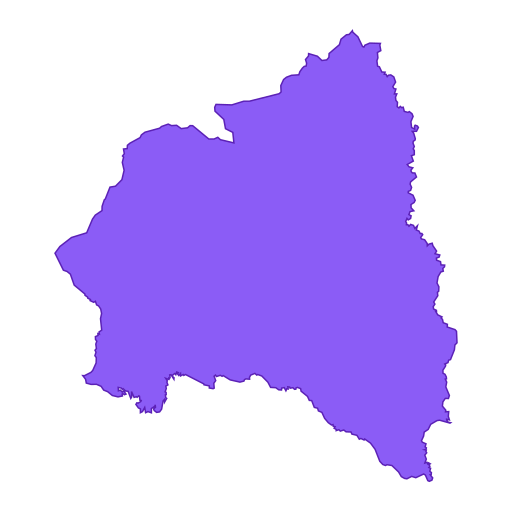 Purwakarta, Jawa Barat, Indonesia (Natural Earth projection)
{"feature_id": "22746128B43709097539954", "entity_name": "Purwakarta", "entity_type": "district", "adm_level": 2, "iso_a3": "IDN", "parent_name": "Indonesia", "parent_adm1": "Jawa Barat", "projection": "natural_earth1", "projection_center": [107.447, -6.592], "detail": "fine", "context": "isolated", "style": "filled", "palette": "violet", "viewbox_px": 512, "rotation_deg": 0, "n_neighbors": 0, "source": "geoboundaries", "source_scale": "gbopen_adm2", "svg_char_len": 6036}
<svg xmlns="http://www.w3.org/2000/svg" viewBox="0 0 512 512"><path d="M450.0,423.1L450.6,422.7L448.1,422.2L446.6,419.9L446.6,419.2L449.4,419.9L448.3,416.4L448.7,411.6L445.5,411.8L445.8,410.2L442.4,406.1L442.9,401.9L445.3,398.4L448.4,398.5L449.4,395.5L445.8,386.9L446.7,382.1L445.3,379.1L446.5,378.8L446.3,376.9L445.0,374.3L443.0,373.2L442.9,370.2L445.4,366.3L445.7,365.0L444.8,364.0L448.0,362.6L448.6,360.2L450.5,359.6L454.4,349.8L454.9,345.0L457.0,342.8L456.5,331.3L455.0,329.6L447.2,327.0L447.4,324.3L443.2,322.7L442.5,319.4L441.1,317.9L442.0,316.9L437.7,314.8L435.7,311.4L436.5,311.4L436.4,310.3L433.6,309.0L433.2,306.7L434.9,304.1L433.7,302.0L437.8,295.7L437.4,292.3L438.7,291.2L438.9,286.8L437.0,283.0L438.1,276.6L440.8,272.0L443.3,271.2L442.8,268.5L444.5,266.8L444.7,265.1L441.0,264.9L440.5,261.6L436.6,260.2L436.4,258.1L439.1,257.1L439.8,255.0L435.0,253.7L436.6,251.1L432.9,245.7L432.2,243.2L429.0,244.1L427.3,245.8L427.2,243.5L424.6,239.7L421.4,238.9L420.7,237.5L422.7,234.7L421.9,233.5L420.2,233.5L419.0,231.1L416.3,230.0L417.4,225.8L414.8,228.4L413.5,225.4L410.6,224.4L409.0,226.2L407.9,224.7L406.4,224.7L406.6,223.0L405.7,221.5L407.0,218.4L408.2,219.9L410.6,218.5L411.1,215.8L408.9,214.6L410.0,211.6L413.8,210.8L411.1,207.8L411.0,204.5L414.1,202.5L415.2,200.3L413.0,195.2L408.2,192.8L408.3,191.4L410.6,190.4L411.6,187.4L410.1,184.1L410.6,181.9L416.5,177.0L414.9,173.0L412.3,172.9L411.2,171.6L411.0,170.1L412.8,167.8L409.0,166.8L407.2,164.5L413.3,161.1L411.4,155.7L414.3,154.7L414.3,150.5L413.2,148.9L414.3,146.5L413.0,143.1L413.3,141.3L415.1,140.0L415.3,138.7L413.7,133.2L412.3,131.4L416.5,131.3L418.4,127.5L417.4,126.0L415.2,125.2L414.5,126.1L414.7,129.1L411.6,127.5L410.9,121.7L413.1,116.4L412.0,113.7L409.3,111.6L408.0,112.4L404.3,111.4L403.2,107.2L401.6,107.6L400.3,106.4L398.9,107.9L397.2,106.7L397.5,102.3L395.9,100.4L395.5,97.2L396.8,93.9L394.4,93.9L395.9,89.0L394.0,88.6L392.8,86.7L395.6,82.1L393.8,76.9L390.8,74.9L388.5,75.2L387.2,76.6L386.1,74.4L384.3,74.2L385.1,72.2L381.8,72.0L379.4,66.8L377.6,66.2L376.9,60.8L377.9,57.9L377.4,52.5L380.8,50.6L379.8,45.0L380.4,43.4L369.7,43.1L364.9,45.2L363.9,47.1L362.5,46.5L357.9,36.8L352.7,32.1L352.4,30.7L349.2,34.4L346.4,34.8L341.0,39.2L339.4,44.7L329.1,53.5L328.9,57.4L326.7,59.9L321.9,60.5L317.4,56.2L308.6,53.6L308.5,56.0L305.5,59.5L306.6,63.1L306.2,66.0L304.2,66.4L302.4,68.1L299.9,71.6L298.8,74.8L291.5,75.3L286.5,77.2L283.6,79.5L280.8,85.6L281.1,91.9L279.2,93.7L249.4,101.2L243.8,101.2L231.8,104.9L216.0,104.4L214.7,107.3L215.0,111.2L223.8,119.4L225.5,128.7L232.8,132.4L233.9,142.9L220.4,139.7L217.8,137.3L214.1,139.0L208.8,139.0L192.7,125.7L190.1,125.6L187.6,127.8L181.2,128.6L176.6,125.3L171.5,125.6L168.2,124.1L161.5,126.5L159.6,128.2L145.0,132.2L141.4,134.9L140.1,137.6L129.9,143.2L127.4,145.3L127.2,148.6L123.5,149.0L124.3,153.7L122.5,156.0L123.6,157.1L122.3,162.4L124.1,170.3L121.9,179.7L115.5,186.2L110.0,187.1L105.3,199.0L104.3,199.8L102.1,206.3L102.0,210.6L95.3,215.1L92.5,219.1L86.7,232.8L71.5,237.5L59.9,246.5L55.0,253.2L63.4,270.2L67.1,271.5L70.4,274.2L74.2,285.1L84.9,294.0L85.0,295.3L87.6,297.1L87.8,298.2L90.4,299.5L90.1,300.6L93.7,302.3L95.4,301.3L96.6,304.9L98.6,305.9L100.7,309.0L101.6,313.5L100.5,318.7L101.7,330.1L99.0,332.0L99.4,334.1L97.9,333.6L98.0,335.5L95.4,336.6L95.5,339.5L96.8,341.2L95.8,344.1L96.4,348.6L95.0,350.2L96.0,352.2L94.9,355.7L96.3,357.6L96.1,363.0L92.7,370.5L90.9,372.4L84.4,375.7L82.8,375.6L85.6,379.3L86.3,383.1L91.1,384.4L96.5,384.3L101.1,386.3L103.7,390.1L107.7,391.7L112.3,395.5L118.0,396.9L122.4,396.0L122.1,394.1L122.8,393.6L124.4,394.7L126.0,394.1L123.6,390.8L122.2,392.0L120.3,390.1L118.4,390.8L118.2,387.4L121.3,388.1L122.3,389.4L123.1,388.7L125.6,391.0L128.1,391.3L130.8,398.4L131.7,396.9L131.5,391.5L134.1,397.4L136.4,396.7L137.1,397.3L138.8,395.8L139.5,396.3L139.9,400.2L141.2,400.5L140.8,401.5L138.2,403.1L136.9,402.8L135.9,404.4L138.4,407.9L140.4,408.9L140.4,412.7L142.5,411.6L144.7,407.5L145.6,412.7L148.0,411.6L151.4,412.8L151.4,408.5L154.9,406.2L155.2,404.8L155.5,407.3L153.6,409.0L154.2,410.5L156.6,412.4L159.6,411.9L161.6,409.2L163.1,400.9L164.4,399.5L164.6,402.1L166.7,398.4L165.7,397.6L165.4,394.8L166.2,394.6L166.1,392.4L165.1,391.9L166.3,388.5L165.8,386.1L167.9,384.9L166.9,382.2L167.3,380.8L165.7,378.3L168.7,379.4L168.8,378.1L169.5,378.6L170.1,377.3L169.7,374.9L171.0,374.7L173.9,379.2L174.0,377.7L172.5,376.5L172.8,374.9L174.8,373.5L175.8,374.7L176.7,372.0L178.4,372.6L177.5,373.9L178.8,375.5L180.5,373.5L180.6,375.9L183.2,374.5L183.8,375.4L185.5,374.5L203.8,383.9L204.0,384.8L209.3,385.9L209.3,388.0L213.1,388.7L214.2,388.1L213.8,383.3L215.7,380.6L214.1,376.2L215.5,375.1L216.5,376.5L220.3,375.3L222.1,376.3L223.2,375.6L230.2,379.9L239.9,382.1L243.9,381.1L244.5,379.6L245.9,378.9L249.6,379.2L249.5,377.3L250.7,375.1L254.9,373.4L256.8,375.1L257.7,374.5L261.8,376.0L267.9,382.2L270.6,387.4L275.8,387.7L278.7,389.8L281.5,390.0L281.7,388.1L284.2,387.6L285.9,390.8L286.8,388.8L288.2,389.0L287.8,386.8L289.7,387.1L290.1,388.2L292.9,387.7L294.5,389.3L295.8,389.2L296.1,387.8L297.4,387.4L300.6,388.6L301.1,391.2L307.5,396.4L309.3,400.4L311.7,400.6L314.3,407.4L317.6,408.2L318.4,410.9L321.9,412.4L324.6,418.3L328.3,422.7L331.5,425.0L333.0,424.6L333.2,426.2L335.1,426.7L334.1,428.2L336.3,429.5L336.2,430.6L338.9,429.7L340.3,431.1L343.8,430.0L346.0,431.8L351.0,432.0L351.9,434.1L356.9,435.3L359.3,439.2L360.9,438.5L364.1,440.0L364.7,439.0L370.5,443.1L375.1,449.3L379.8,461.3L382.8,464.5L385.5,465.5L386.9,464.7L391.9,465.5L398.6,472.0L401.3,476.6L404.5,478.4L406.9,478.8L411.7,476.4L415.8,477.7L423.7,474.0L425.4,475.1L427.8,480.6L429.3,481.3L431.9,480.2L432.7,477.9L430.2,474.8L431.2,474.6L431.4,472.6L429.8,471.2L430.6,468.3L428.9,467.5L429.9,466.3L428.9,464.6L430.2,463.8L428.5,462.8L427.7,463.8L427.0,462.3L424.9,463.0L426.3,459.1L424.8,455.1L426.7,452.8L425.9,451.4L426.3,450.1L424.6,449.7L425.9,449.3L426.4,447.9L425.1,446.9L426.0,443.8L422.3,442.2L421.5,440.7L423.6,436.1L424.2,432.1L428.2,429.4L430.7,424.3L437.0,420.6L439.6,420.2L450.0,423.1Z" fill="#8b5cf6" stroke="#5b21b6" stroke-width="1.5"/></svg>